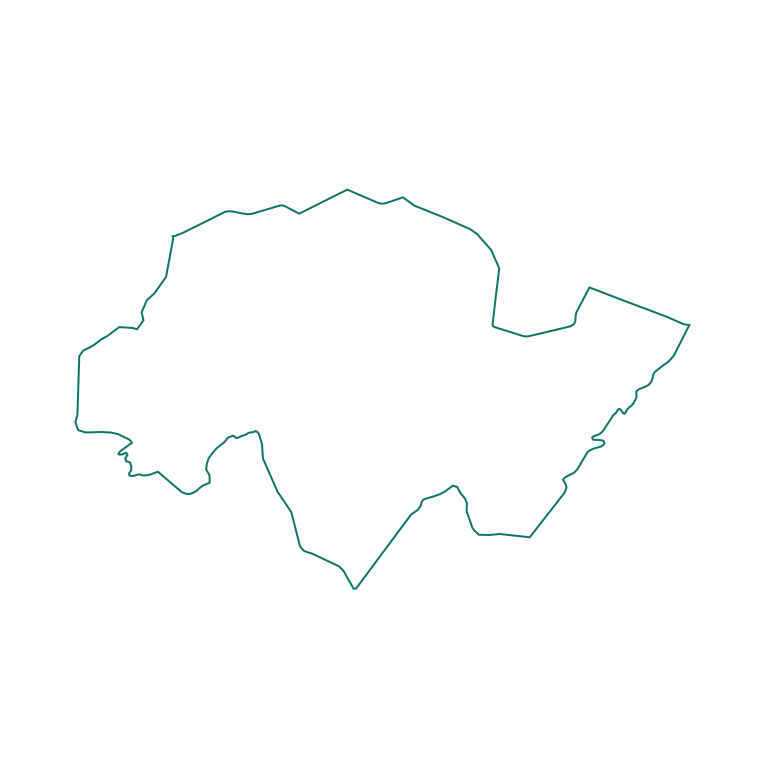 map outline of Jämtland (orthographic projection), rotated 81°
{"feature_id": "SWE-189", "entity_name": "Jämtland", "entity_type": "County", "adm_level": 1, "iso_a3": "SWE", "parent_name": "Sweden", "parent_adm1": "", "projection": "orthographic", "projection_center": [14.766, 63.349], "detail": "fine", "context": "isolated", "style": "outline", "palette": "teal", "viewbox_px": 768, "rotation_deg": 81, "n_neighbors": 0, "source": "natural_earth", "source_scale": "10m", "svg_char_len": 2869}
<svg xmlns="http://www.w3.org/2000/svg" viewBox="0 0 768 768"><g transform="rotate(81 384 384)"><path d="M373.5,73.4L373.6,73.2L374.1,73.6L401.4,93.4L405.5,98.3L406.8,100.3L408.0,102.6L408.8,104.6L414.6,114.8L415.5,115.7L416.8,116.5L420.6,118.0L423.5,119.7L424.9,120.9L426.4,123.1L427.4,125.8L428.9,132.3L430.0,134.9L430.7,135.8L431.6,136.2L436.0,136.5L438.9,138.2L442.2,140.8L443.5,142.2L444.5,143.7L445.1,145.1L447.6,148.2L449.4,149.4L450.8,150.8L451.0,151.3L450.5,152.1L445.9,154.5L445.3,155.9L446.3,157.3L448.1,158.8L449.4,160.3L450.8,162.6L463.5,173.9L465.6,176.4L466.7,178.1L467.1,178.8L467.4,179.8L467.9,182.8L468.8,186.0L469.3,186.7L470.0,186.8L471.9,185.9L472.8,181.0L473.3,179.1L474.3,176.2L477.3,175.6L478.9,177.6L479.8,179.7L480.5,186.6L481.5,190.5L483.3,193.8L498.5,206.4L501.5,210.4L503.6,217.3L505.2,220.9L506.4,222.1L511.8,220.1L514.7,220.0L517.0,221.0L520.1,223.2L558.2,264.0L550.2,293.4L549.6,303.7L547.8,313.7L542.9,317.7L539.8,319.2L522.3,322.3L514.5,320.7L510.0,321.9L502.9,325.9L497.1,327.8L495.2,332.1L499.7,340.5L501.5,345.8L503.0,353.9L503.4,357.8L504.3,363.2L506.6,365.4L509.7,366.5L513.6,370.3L517.2,377.7L581.7,443.6L581.4,446.1L562.3,453.2L557.2,456.8L540.5,481.2L536.7,488.6L533.7,491.1L530.5,492.4L496.0,495.6L473.8,506.0L438.6,515.2L424.1,513.9L413.4,515.5L411.2,517.0L410.4,518.5L410.8,519.7L411.0,520.7L411.1,521.8L411.1,522.9L410.9,523.9L410.9,524.7L411.1,525.5L412.0,527.4L412.4,528.6L413.3,533.5L414.2,536.5L414.3,537.7L413.8,538.9L412.3,540.0L411.5,541.4L412.6,546.6L416.3,550.5L421.2,559.2L424.8,563.7L430.2,569.0L435.2,571.5L440.7,573.0L446.9,570.6L454.2,571.6L456.0,578.8L458.3,583.1L460.2,585.8L461.4,588.9L462.3,592.9L461.5,596.5L459.2,600.6L436.0,620.4L435.3,621.3L436.7,628.3L437.0,631.4L436.9,634.4L436.5,637.4L435.3,638.7L435.0,640.0L435.0,641.5L435.4,644.1L435.5,647.5L434.4,649.8L432.3,649.7L429.9,647.3L425.6,646.5L421.8,647.1L419.9,650.8L416.9,651.2L413.7,648.4L411.6,649.5L412.6,654.2L412.3,656.5L411.7,657.2L410.5,656.4L409.4,655.3L403.5,644.1L403.0,642.4L401.4,642.6L398.9,644.5L392.0,654.4L389.3,661.0L387.3,670.1L385.2,686.2L381.8,693.2L373.5,694.8L366.3,691.6L308.8,680.6L303.8,675.7L302.0,669.3L299.8,663.8L295.9,656.6L293.0,649.1L286.4,636.6L289.3,623.6L291.3,619.4L283.5,611.6L275.4,612.2L264.2,605.2L258.4,596.4L244.1,582.5L207.2,569.4L205.0,569.7L205.1,567.2L203.1,558.5L202.6,556.9L189.0,513.7L189.1,510.2L190.3,505.4L193.5,496.9L195.0,492.1L195.3,488.0L191.7,460.9L191.5,457.3L192.5,454.5L202.5,441.1L191.0,404.9L186.3,389.9L204.3,361.4L205.6,358.0L205.7,354.1L202.6,336.1L212.6,326.1L228.3,299.8L244.7,274.5L250.5,268.5L268.4,257.2L287.9,252.1L314.8,259.8L341.9,267.4L343.8,267.4L345.2,265.7L358.2,239.5L359.3,236.3L359.4,233.1L356.3,191.6L354.9,187.3L352.2,185.3L346.2,183.9L343.1,182.6L320.8,166.0L341.3,130.4L361.5,94.8L371.9,78.6L373.5,73.4Z" fill="none" stroke="#0f766e" stroke-width="2"/></g></svg>